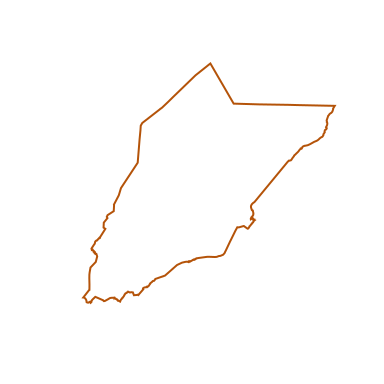 outline of Røros nor, Sør-Trøndelag, Norway, rotated 303°
{"feature_id": "86288312B67430343511851", "entity_name": "Røros nor", "entity_type": "district", "adm_level": 2, "iso_a3": "NOR", "parent_name": "Norway", "parent_adm1": "Sør-Trøndelag", "projection": "equal_earth", "projection_center": [11.42, 62.57], "detail": "fine", "context": "isolated", "style": "outline", "palette": "amber", "viewbox_px": 384, "rotation_deg": 303, "n_neighbors": 0, "source": "geoboundaries", "source_scale": "gbopen_adm2", "svg_char_len": 5269}
<svg xmlns="http://www.w3.org/2000/svg" viewBox="0 0 384 384"><g transform="rotate(303 192 192)"><path d="M222.8,112.7L219.7,112.9L215.6,115.2L207.9,119.2L187.0,130.5L156.6,130.3L149.4,132.4L138.9,133.4L138.2,134.0L133.3,136.8L126.6,133.8L124.7,134.1L124.1,135.3L118.3,134.7L114.0,137.2L113.9,139.4L104.3,139.5L103.9,139.4L103.9,139.6L103.7,139.7L103.1,139.8L102.6,139.5L102.2,139.1L101.6,139.0L101.4,138.9L101.0,138.9L100.6,138.9L100.3,138.9L100.0,138.8L99.9,138.7L99.5,138.7L99.4,138.6L99.0,138.3L99.1,138.2L98.9,138.1L98.2,137.9L97.8,137.9L97.4,137.9L95.7,138.6L94.5,138.5L90.0,138.5L89.6,138.6L89.6,138.8L89.5,139.1L89.5,139.4L89.1,139.6L89.4,139.8L89.5,140.0L89.0,140.4L89.0,140.5L89.2,141.0L89.1,141.4L89.0,141.6L89.0,142.0L88.8,142.1L88.3,142.1L88.3,142.4L88.1,142.7L88.1,142.9L88.4,143.1L88.6,143.1L88.7,143.3L88.5,143.5L88.3,143.8L88.1,143.9L87.5,144.0L87.5,144.9L88.0,145.5L86.3,147.6L80.9,149.4L73.4,148.0L68.9,149.9L66.7,151.0L63.7,152.9L58.4,156.5L54.0,159.3L53.7,159.1L44.3,158.3L44.6,158.9L44.7,159.7L44.6,160.2L44.4,160.9L44.0,161.8L43.3,162.7L42.2,163.6L42.2,164.0L42.6,165.2L44.7,166.4L44.7,166.7L44.4,166.7L43.9,167.1L43.8,167.3L44.8,167.6L45.6,167.2L46.6,167.1L47.1,167.0L51.4,168.0L51.9,170.9L52.8,176.5L52.5,177.2L52.5,177.6L53.2,178.3L56.9,180.3L58.1,180.8L59.1,181.7L60.9,184.2L61.0,184.3L60.9,184.4L61.0,184.4L61.1,184.5L60.9,184.7L61.1,184.8L61.1,185.0L60.9,185.3L60.8,185.5L60.7,185.7L60.7,185.9L60.9,186.1L61.0,186.3L60.9,186.5L60.9,187.0L61.0,187.2L61.1,187.4L61.0,187.5L60.9,187.7L60.8,187.9L60.9,188.3L60.7,188.6L60.9,188.7L60.9,188.8L60.7,189.1L60.6,189.3L60.7,189.5L60.8,189.7L60.9,191.4L63.1,191.0L63.5,191.1L64.0,191.3L64.3,191.3L64.6,191.2L65.6,191.3L65.7,191.5L66.5,191.5L67.4,191.6L67.7,191.5L68.1,191.5L68.4,191.4L68.8,191.5L69.2,191.4L69.5,191.3L70.1,191.5L70.4,191.4L70.7,191.4L71.4,191.9L71.6,192.1L71.8,192.1L72.1,192.0L72.4,192.2L72.4,192.3L72.7,192.5L73.6,192.6L73.9,194.7L74.8,195.5L75.6,197.1L73.8,199.5L75.2,201.3L75.5,201.7L76.4,202.5L76.3,203.1L77.1,203.3L78.1,203.3L78.6,203.4L83.6,204.1L83.6,203.9L83.8,203.7L84.6,203.4L85.1,203.6L85.9,204.0L87.3,205.5L87.5,205.5L88.0,205.7L87.8,206.2L88.0,206.3L88.5,206.5L89.2,206.6L89.6,206.8L90.2,206.9L90.9,206.8L91.5,206.9L91.9,206.7L92.2,206.7L92.3,206.9L92.5,206.9L93.0,206.8L93.8,207.1L94.5,207.3L94.9,207.5L95.0,207.5L95.5,207.5L95.9,207.6L96.2,207.8L96.3,208.0L96.9,208.4L97.0,208.6L98.4,208.7L99.1,208.6L107.2,214.9L122.6,219.2L127.3,222.1L129.7,224.4L130.5,225.3L131.0,226.1L131.3,227.2L132.1,227.0L132.3,227.1L132.2,227.6L132.4,227.6L132.8,227.9L132.9,228.0L132.9,228.3L133.2,228.4L133.3,228.5L133.2,228.6L133.8,228.9L134.0,229.1L134.5,229.3L135.2,229.5L135.3,229.6L135.5,229.7L135.7,230.0L135.9,230.1L136.1,230.1L136.1,230.5L136.4,230.9L137.6,231.1L137.9,231.3L137.8,231.6L138.5,231.8L139.2,232.2L139.3,232.5L140.2,233.4L145.8,239.9L147.2,242.0L150.0,246.7L151.1,248.1L152.9,249.4L153.9,250.6L156.4,252.3L158.9,252.6L160.1,252.3L160.9,252.3L171.9,250.8L172.2,250.8L183.1,249.5L187.1,249.2L187.8,250.5L191.3,253.6L191.7,254.0L191.5,258.4L191.6,258.8L192.0,259.0L192.4,259.1L193.1,259.0L193.4,259.1L193.8,259.1L194.6,258.9L195.0,259.1L195.6,259.2L196.2,259.2L197.4,259.4L197.7,259.3L198.1,259.5L199.1,259.4L199.3,259.6L199.8,259.8L200.9,259.5L201.0,259.6L201.4,259.5L201.5,259.6L201.8,259.7L201.7,259.5L202.3,259.4L202.0,259.1L201.9,259.0L201.8,258.8L201.9,258.7L202.1,258.5L202.8,258.5L202.8,258.2L202.6,258.1L202.6,257.9L202.8,257.9L202.9,257.7L203.0,257.4L202.8,257.3L202.6,257.2L202.7,256.9L202.6,256.7L202.0,256.4L201.6,256.2L201.4,256.3L201.2,256.2L201.7,255.8L202.7,255.7L203.1,255.6L203.4,255.6L204.2,256.0L204.3,255.9L204.7,255.8L205.8,255.9L206.3,255.8L206.5,255.6L207.3,255.3L207.5,255.0L208.0,254.7L208.9,253.7L209.6,253.1L209.6,252.5L209.4,252.2L209.6,251.8L210.4,250.9L211.0,250.1L211.6,249.6L212.2,249.2L212.8,249.0L213.5,248.9L214.7,248.9L216.3,249.3L217.4,249.8L217.9,249.9L269.5,255.8L270.0,255.9L270.4,256.1L271.0,256.1L271.2,256.4L271.3,256.6L271.9,257.1L272.3,257.6L273.1,257.8L275.5,257.8L277.6,258.0L278.2,257.8L279.0,258.0L279.4,258.2L279.8,258.3L280.2,258.3L280.5,258.4L281.5,258.6L282.2,258.8L283.6,259.1L284.5,259.2L285.5,259.2L287.1,259.5L287.7,259.4L288.0,259.6L288.1,259.8L287.8,260.1L287.9,260.3L288.9,260.3L289.8,260.1L290.4,260.2L291.3,260.7L291.5,260.8L291.9,261.2L292.2,261.4L292.2,261.5L293.3,262.6L293.5,262.8L294.3,263.6L294.9,264.0L296.5,265.0L300.7,267.2L301.4,267.7L302.7,268.6L303.6,269.1L304.4,269.4L305.8,269.8L306.2,269.8L308.1,270.5L308.7,270.8L309.0,271.1L309.7,271.3L311.4,271.2L311.9,270.8L312.8,270.7L313.6,270.8L314.4,270.8L314.6,270.7L314.8,270.4L315.1,270.1L315.5,270.0L316.3,269.8L316.9,270.0L317.5,270.4L318.6,270.4L319.0,270.1L319.2,269.8L319.2,269.7L319.1,269.4L319.3,269.1L320.8,269.0L321.8,268.8L323.0,268.3L323.7,267.7L324.0,267.4L324.0,267.2L324.1,266.9L324.8,266.6L325.4,265.9L329.5,264.9L329.8,264.8L330.1,264.7L330.8,264.9L332.2,264.9L333.5,265.3L333.9,265.6L334.7,265.8L335.3,265.9L335.9,265.9L338.0,265.4L338.6,265.1L338.8,264.9L342.0,264.8L322.4,233.2L318.0,226.0L311.6,215.8L302.0,200.5L288.8,178.8L309.8,137.4L291.8,131.4L261.4,124.4L254.1,122.8L246.2,120.9L245.8,120.7L245.5,120.6L245.1,120.5L244.7,120.2L244.4,120.1L244.1,120.1L222.8,112.7Z" fill="none" stroke="#b45309" stroke-width="2"/></g></svg>